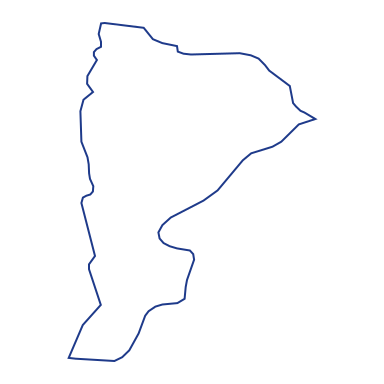 SVG path tracing the border of Balqa
{"feature_id": "JOR-857", "entity_name": "Balqa", "entity_type": "Province", "adm_level": 1, "iso_a3": "JOR", "parent_name": "Jordan", "parent_adm1": "", "projection": "orthographic", "projection_center": [35.66, 31.936], "detail": "fine", "context": "isolated", "style": "outline", "palette": "blue", "viewbox_px": 384, "rotation_deg": 0, "n_neighbors": 0, "source": "natural_earth", "source_scale": "10m", "svg_char_len": 1033}
<svg xmlns="http://www.w3.org/2000/svg" viewBox="0 0 384 384"><path d="M68.7,357.9L82.8,325.0L100.8,304.9L89.0,269.2L89.0,264.3L95.0,256.0L81.4,203.0L82.9,197.6L86.4,195.7L90.3,194.5L92.9,191.5L93.3,186.2L90.0,178.9L89.1,173.4L88.7,164.3L87.5,157.3L81.4,141.7L80.4,111.2L83.5,99.7L93.0,92.0L87.1,83.8L87.4,76.1L96.9,60.0L93.9,55.7L93.9,52.1L96.5,49.1L101.0,46.8L101.0,41.8L98.7,34.0L101.1,23.4L104.7,23.0L143.7,27.8L152.9,39.2L162.3,43.1L177.0,46.1L177.8,51.6L183.5,53.7L191.0,54.5L239.7,53.2L250.8,55.3L258.6,58.6L265.0,65.1L269.2,70.6L289.8,86.0L293.1,103.1L296.0,106.5L300.5,110.8L304.4,112.5L315.3,119.0L298.8,124.4L281.3,141.7L272.5,146.7L251.2,153.3L242.8,160.3L217.6,190.4L203.5,200.6L170.8,217.5L162.4,225.1L158.4,232.4L159.6,238.5L163.6,243.1L169.6,246.2L177.0,248.4L189.9,250.5L193.2,254.1L194.1,259.7L187.0,280.0L185.7,287.0L184.6,298.8L177.4,303.1L162.4,304.5L155.4,306.6L148.6,311.2L145.2,315.7L138.6,333.5L129.3,350.3L122.2,357.2L114.4,361.0L75.6,358.7L68.7,357.9Z" fill="none" stroke="#1e3a8a" stroke-width="2"/></svg>